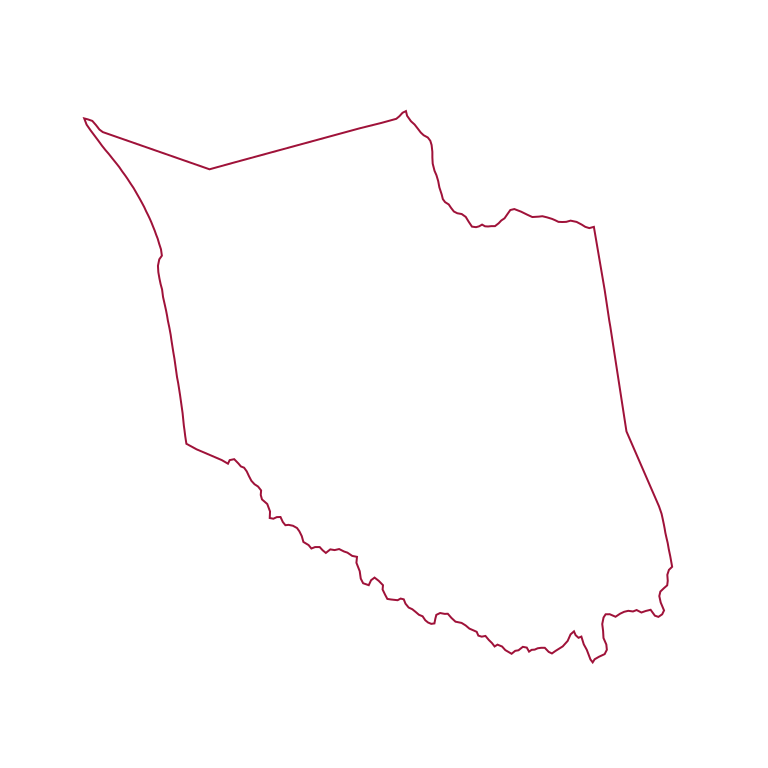 Alcobaça, Bahia, Brazil (Equal Earth projection), rotated 172°
{"feature_id": "56859067B73334653800996", "entity_name": "Alcobaça", "entity_type": "district", "adm_level": 2, "iso_a3": "BRA", "parent_name": "Brazil", "parent_adm1": "Bahia", "projection": "equal_earth", "projection_center": [-39.394, -17.469], "detail": "fine", "context": "isolated", "style": "outline", "palette": "rose", "viewbox_px": 768, "rotation_deg": 172, "n_neighbors": 0, "source": "geoboundaries", "source_scale": "gbopen_adm2", "svg_char_len": 3726}
<svg xmlns="http://www.w3.org/2000/svg" viewBox="0 0 768 768"><g transform="rotate(172 384 384)"><path d="M588.0,352.3L578.7,345.4L555.2,331.2L549.6,326.8L547.4,330.1L542.8,330.4L539.2,325.5L537.2,322.3L534.2,320.6L532.1,316.6L530.6,311.7L528.8,306.6L526.2,302.8L523.0,300.0L520.5,295.7L521.5,291.3L520.9,286.7L516.3,281.4L514.6,273.6L515.8,267.2L512.3,266.0L508.7,267.1L505.0,266.7L503.4,261.4L501.3,257.9L498.1,257.8L493.9,256.3L490.2,253.5L488.3,249.9L486.6,244.8L485.8,238.8L481.1,235.0L478.8,231.2L475.0,232.1L470.4,231.5L467.9,227.9L465.1,224.8L460.2,227.7L456.0,226.4L451.4,226.8L446.9,223.7L443.7,222.1L439.4,218.2L434.8,216.6L436.2,210.8L434.1,202.0L434.1,194.5L432.4,189.6L427.1,186.9L424.1,191.5L420.3,193.6L416.6,189.8L413.0,184.9L414.0,180.7L412.2,175.1L410.6,170.7L406.9,169.6L400.6,168.0L397.4,169.2L394.4,168.0L393.3,163.5L390.7,159.2L387.3,157.0L384.5,154.0L381.5,150.6L378.1,148.6L376.0,144.3L373.6,141.7L370.6,139.9L367.4,139.9L365.8,144.5L364.3,148.1L360.3,149.4L355.9,147.9L352.8,147.6L349.8,143.0L346.3,138.7L340.4,136.6L336.7,133.5L333.5,129.9L329.9,127.7L326.7,125.7L325.6,121.7L322.4,120.2L318.6,120.4L315.8,115.9L313.1,112.4L311.0,108.7L307.9,110.1L303.6,107.6L300.9,103.6L295.2,99.1L291.2,101.5L287.9,101.6L283.1,104.4L279.3,103.1L277.6,98.8L274.8,100.2L271.7,100.0L268.6,100.9L265.3,100.9L261.5,100.4L258.2,95.8L255.2,93.8L251.3,95.8L243.5,99.3L237.9,104.0L234.1,110.1L230.3,112.6L229.2,108.6L226.7,105.6L223.7,106.4L222.4,98.4L220.2,92.6L219.1,87.8L217.9,82.5L216.1,79.3L213.7,82.1L209.0,84.0L203.1,85.8L200.3,89.8L200.1,95.1L202.0,101.9L201.4,109.0L201.3,115.9L199.1,122.2L196.6,125.1L192.5,124.6L187.1,121.3L182.1,123.7L177.9,125.0L173.7,125.4L169.1,124.1L165.3,125.0L160.9,121.9L156.4,122.8L151.4,123.3L148.0,116.9L144.7,115.2L140.6,117.2L138.2,120.8L140.4,129.1L140.9,135.7L139.2,140.0L135.0,143.0L131.6,145.2L130.4,149.6L130.0,155.6L127.7,160.3L124.1,162.9L124.3,168.0L124.5,173.4L125.0,180.9L125.2,187.1L125.7,192.5L126.1,197.6L126.2,201.7L126.4,205.8L126.8,211.8L127.2,216.9L128.7,224.6L150.5,303.3L151.9,409.3L152.1,415.4L152.3,437.4L152.4,446.5L154.3,510.4L159.0,509.8L162.8,511.6L166.0,514.3L170.7,517.7L176.5,519.8L181.0,519.2L184.9,519.6L188.7,520.3L191.8,522.4L194.6,524.1L199.3,526.3L203.8,528.1L207.4,528.2L213.9,528.7L218.4,531.6L224.3,535.6L230.6,539.1L234.7,538.7L237.8,535.4L241.6,531.3L245.1,529.6L248.1,527.2L252.1,524.9L255.8,525.4L259.0,525.5L262.0,526.1L264.7,528.2L267.9,526.9L271.0,526.5L275.0,527.6L277.6,533.0L279.8,538.1L283.4,541.5L287.7,542.9L290.8,545.1L293.1,549.1L294.9,552.8L298.2,555.6L300.0,558.9L300.5,563.7L301.8,571.0L302.1,577.4L303.0,583.4L304.3,588.1L305.1,595.4L304.6,601.4L303.8,607.2L303.6,614.0L304.3,618.4L306.3,622.0L310.1,624.8L312.6,627.9L314.9,632.0L317.6,636.7L320.7,640.4L323.8,646.4L324.3,651.2L327.9,650.0L331.5,647.0L334.9,644.9L350.3,642.9L372.4,640.6L502.3,624.1L526.9,620.9L627.4,672.6L630.4,675.6L633.2,680.5L636.2,685.1L640.5,687.3L643.9,688.7L642.4,682.2L639.1,675.7L636.0,670.1L632.7,664.1L630.1,659.2L627.4,654.6L624.5,650.1L621.4,644.8L618.4,639.8L616.0,635.7L613.7,631.0L611.1,626.2L609.4,622.8L607.0,617.6L604.7,612.9L602.5,607.4L600.1,601.4L598.4,596.9L596.8,592.5L595.5,588.1L594.2,584.3L593.0,580.5L591.9,576.6L590.7,571.7L589.7,567.7L588.9,563.7L587.9,559.5L587.1,554.0L586.1,548.4L586.1,542.0L589.2,538.7L591.4,532.5L591.9,526.2L591.7,519.8L591.3,513.9L590.6,508.5L590.7,501.0L590.1,493.7L589.6,487.3L589.3,481.5L589.2,476.8L588.7,469.5L588.4,462.3L588.4,457.4L588.3,450.2L588.2,444.7L588.0,438.1L588.0,433.7L588.0,427.3L588.0,419.5L587.7,413.7L587.6,408.1L587.5,401.5L587.5,394.9L587.5,388.8L587.5,383.3L587.8,375.6L588.0,370.4L588.0,366.0L588.1,359.8L588.0,352.3Z" fill="none" stroke="#9f1239" stroke-width="2"/></g></svg>